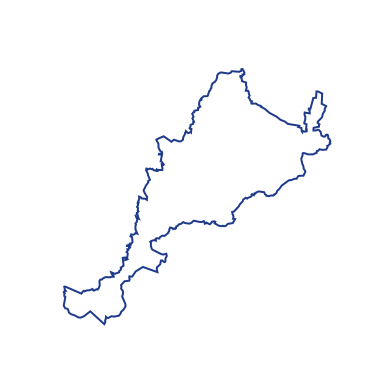 Zihuateutla, Puebla, Mexico, rotated 348°
{"feature_id": "50627088B80124610237867", "entity_name": "Zihuateutla", "entity_type": "district", "adm_level": 2, "iso_a3": "MEX", "parent_name": "Mexico", "parent_adm1": "Puebla", "projection": "natural_earth1", "projection_center": [-97.808, 20.291], "detail": "fine", "context": "isolated", "style": "outline", "palette": "blue", "viewbox_px": 384, "rotation_deg": 348, "n_neighbors": 0, "source": "geoboundaries", "source_scale": "gbopen_adm2", "svg_char_len": 6072}
<svg xmlns="http://www.w3.org/2000/svg" viewBox="0 0 384 384"><g transform="rotate(348 192 192)"><path d="M48.2,286.3L52.0,288.6L54.8,291.1L56.9,291.7L60.2,291.2L67.7,287.6L78.7,303.0L80.1,301.3L80.3,299.6L81.2,298.4L81.9,296.2L82.8,297.4L83.9,297.8L87.5,296.8L89.9,297.7L94.8,297.8L96.7,296.2L97.8,294.5L101.0,292.4L102.9,290.4L103.4,289.2L103.5,287.6L102.0,279.7L103.7,276.3L103.7,274.3L102.6,271.8L103.3,269.9L103.2,268.4L107.4,265.3L112.1,265.7L112.9,264.6L112.8,262.5L113.2,261.5L115.8,262.4L120.4,258.0L128.4,255.1L141.5,263.2L141.5,260.4L142.0,258.4L145.8,256.2L147.4,252.6L148.5,252.7L149.9,254.5L150.7,254.8L151.5,254.5L152.3,251.4L154.0,249.4L154.0,247.1L150.9,247.2L149.4,246.6L141.3,240.2L140.8,239.2L140.6,236.0L141.3,232.9L140.9,232.2L141.8,232.1L141.9,231.5L144.0,231.2L145.4,231.5L145.7,231.2L146.6,232.0L147.0,230.1L147.9,229.9L150.4,230.7L151.3,229.5L153.9,228.5L156.0,229.3L160.5,226.9L160.5,226.4L161.8,225.2L162.0,223.9L163.2,222.2L164.7,222.9L165.7,224.2L166.1,223.8L167.6,224.5L167.8,224.0L168.8,224.1L169.5,222.4L171.1,222.1L172.2,221.0L174.9,220.8L177.1,219.6L178.9,221.0L182.8,222.4L185.2,222.0L186.3,221.1L188.0,220.5L193.0,222.8L195.3,223.4L197.5,222.9L197.9,225.6L199.4,224.9L199.6,225.6L200.6,225.5L202.4,227.2L203.6,226.9L205.4,225.2L207.7,225.3L208.6,226.0L207.6,227.3L211.4,230.7L214.1,231.7L215.2,231.4L216.3,232.1L217.9,232.2L220.5,230.6L225.3,230.9L228.5,227.5L226.6,226.7L227.3,225.4L227.5,223.6L227.1,222.3L227.1,219.9L229.0,219.8L231.3,218.3L234.7,215.8L236.5,213.8L239.5,211.8L240.5,210.1L243.3,208.8L244.6,209.9L246.0,209.2L248.2,209.0L249.4,208.4L249.7,206.9L250.3,206.5L251.9,208.0L252.9,206.3L253.7,206.7L254.7,205.8L257.4,205.3L262.5,207.2L263.0,209.5L263.8,210.3L264.0,211.2L264.5,211.1L266.0,212.0L269.1,211.9L270.6,212.4L271.6,212.0L271.8,211.4L272.9,211.4L274.4,210.5L275.9,208.3L277.9,207.3L281.2,204.3L288.1,201.2L289.9,200.6L291.1,201.0L295.2,200.4L297.1,200.8L298.9,198.8L299.7,198.4L304.4,199.2L307.1,195.7L307.1,194.9L306.1,192.5L306.3,190.1L305.8,187.6L305.7,183.1L305.9,182.0L307.7,179.3L308.2,177.4L308.7,177.0L310.1,177.4L313.5,179.4L318.8,180.4L319.8,179.8L321.9,179.8L322.6,177.9L324.0,177.9L325.6,176.7L328.3,177.9L332.1,178.4L333.8,176.5L333.9,175.0L335.0,175.0L336.1,174.0L337.4,173.5L337.0,172.0L337.9,171.1L337.5,168.8L336.5,168.2L336.8,165.0L336.5,164.2L335.7,163.9L335.4,164.4L334.7,164.2L334.4,164.8L333.2,165.5L332.0,165.0L330.4,163.7L330.3,160.0L329.0,157.7L327.9,157.2L326.6,157.6L323.6,157.1L324.1,154.8L324.5,154.5L329.8,154.5L330.1,152.8L330.7,152.3L329.3,150.5L329.6,149.4L334.1,146.4L335.2,145.2L336.2,142.7L338.7,140.2L339.1,138.3L341.1,135.9L337.2,132.7L339.8,122.8L336.2,119.9L334.7,119.5L332.9,125.6L330.2,125.3L325.2,135.1L323.6,134.7L323.4,135.5L324.2,135.5L323.5,139.6L318.8,137.7L318.1,139.7L318.5,141.8L318.0,144.2L316.1,147.8L316.1,148.3L318.1,149.6L316.6,154.4L317.2,154.5L316.8,156.5L314.9,156.4L313.2,155.4L312.5,156.5L312.0,155.3L312.3,152.1L309.5,150.6L310.6,149.5L299.9,145.3L297.6,142.5L293.6,139.8L290.5,136.0L284.3,130.8L280.6,125.9L277.3,123.1L277.7,122.7L277.0,122.0L274.4,120.5L273.1,118.9L268.6,117.9L268.5,117.1L269.5,115.8L268.1,114.9L267.7,112.7L267.0,111.4L268.4,109.7L268.0,107.0L268.3,105.8L267.9,104.7L265.7,104.1L267.2,101.3L267.1,98.4L267.7,96.2L264.0,94.0L264.2,91.2L263.2,89.6L263.4,88.7L265.2,89.2L265.8,87.7L266.8,88.1L267.7,87.6L267.4,87.1L268.1,86.1L267.5,83.7L266.8,82.9L266.9,82.2L265.9,82.1L265.3,83.8L263.0,84.2L256.0,82.1L254.6,83.4L252.3,83.7L245.1,81.0L242.1,81.9L240.9,83.2L240.3,85.4L238.9,87.6L237.2,89.1L235.1,89.8L234.0,90.8L233.0,92.6L232.6,94.3L231.7,94.9L230.9,96.4L229.8,96.9L227.5,101.1L226.9,101.4L223.3,100.8L220.7,102.2L220.5,102.4L220.9,102.4L220.3,103.9L218.9,104.1L217.6,105.9L217.1,108.3L217.8,110.3L216.5,110.5L215.8,111.4L215.4,111.2L215.0,113.0L211.3,113.0L210.8,114.3L210.3,114.1L208.5,115.6L209.1,118.8L207.7,120.1L208.6,123.7L207.8,123.7L207.4,125.5L204.5,126.1L204.1,127.6L203.1,128.7L202.9,129.1L203.5,130.0L204.5,130.2L203.4,133.6L203.1,133.2L200.4,133.6L198.7,131.2L198.3,132.3L197.6,132.6L197.5,133.4L194.8,136.7L193.9,139.1L191.5,140.1L189.8,139.8L185.2,137.1L182.4,138.6L175.8,131.6L169.0,133.0L167.9,133.6L169.2,137.9L168.5,141.4L169.2,144.6L169.9,146.1L170.8,146.3L170.9,147.7L170.5,148.8L167.7,147.8L167.4,148.4L170.5,149.0L167.8,155.4L168.3,155.5L170.1,159.2L169.7,159.7L168.2,158.7L167.9,160.8L168.1,162.6L167.5,164.3L162.9,163.2L162.9,164.2L162.1,164.2L161.7,164.0L162.3,163.3L162.1,162.6L161.1,163.4L159.4,163.0L158.1,161.2L157.6,161.4L155.8,160.3L153.8,160.7L153.0,160.2L152.6,160.9L152.6,159.7L152.2,159.6L151.6,161.3L152.5,164.4L152.5,166.6L153.4,171.3L151.4,172.2L151.2,173.5L148.4,176.0L145.0,180.3L145.4,182.7L147.1,187.7L146.2,190.3L144.7,188.8L141.7,188.0L140.8,186.5L139.3,185.5L139.0,187.7L137.4,190.0L137.2,190.4L137.7,190.9L137.0,192.2L136.5,192.0L136.4,193.8L135.1,195.2L135.9,196.3L135.1,198.7L135.6,199.7L134.8,200.2L134.6,200.8L133.7,200.9L133.6,202.2L133.2,202.5L133.9,202.6L134.1,203.3L133.7,203.5L134.4,206.9L132.3,205.1L132.8,207.5L131.6,209.9L130.2,211.0L130.4,212.3L129.8,213.1L128.9,216.5L129.8,221.3L128.3,220.3L127.0,221.3L125.6,221.6L123.7,220.8L122.6,222.6L124.0,223.7L123.4,228.6L122.3,229.6L120.8,229.6L121.1,230.8L120.7,231.5L118.8,230.4L118.0,231.1L117.4,230.9L117.2,231.3L118.2,231.5L119.6,233.2L118.9,233.4L119.0,234.0L117.9,234.4L117.8,235.0L116.9,234.7L116.9,235.9L115.6,237.2L116.2,237.6L116.3,239.2L114.9,242.9L114.9,243.8L113.7,244.1L114.2,244.5L112.6,244.7L113.5,242.3L110.6,242.0L109.7,249.9L106.6,251.2L106.9,252.0L106.1,253.3L104.3,254.3L104.0,255.4L99.5,256.0L96.2,253.7L96.4,255.3L97.8,257.6L97.8,258.6L95.3,258.1L94.6,258.5L89.5,257.3L86.5,258.2L85.6,258.9L84.0,258.7L83.0,259.8L82.3,264.2L80.7,266.8L79.9,267.1L79.5,267.8L78.3,267.3L75.5,268.1L74.7,267.3L74.5,266.2L71.7,266.8L68.5,266.4L66.2,266.8L65.7,266.2L64.7,266.5L62.7,268.4L48.2,258.1L47.4,258.1L47.3,261.2L48.0,262.6L46.2,262.8L45.7,263.7L46.5,264.7L45.8,265.5L45.5,267.4L46.3,268.4L42.9,276.5L43.8,279.4L45.6,280.2L46.3,281.0L46.6,284.3L48.2,286.3Z" fill="none" stroke="#1e3a8a" stroke-width="2"/></g></svg>